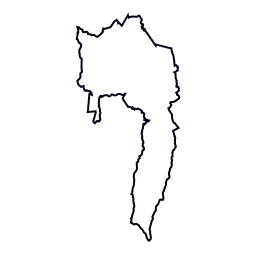 Soacha, Cundinamarca, Colombia (Natural Earth projection)
{"feature_id": "7082276B50901736205159", "entity_name": "Soacha", "entity_type": "district", "adm_level": 2, "iso_a3": "COL", "parent_name": "Colombia", "parent_adm1": "Cundinamarca", "projection": "natural_earth1", "projection_center": [-74.221, 4.507], "detail": "fine", "context": "isolated", "style": "outline", "palette": "ink", "viewbox_px": 256, "rotation_deg": 0, "n_neighbors": 0, "source": "geoboundaries", "source_scale": "gbopen_adm2", "svg_char_len": 5765}
<svg xmlns="http://www.w3.org/2000/svg" viewBox="0 0 256 256"><path d="M103.2,28.7L103.4,29.5L102.5,30.9L102.6,31.4L102.9,31.8L102.5,32.5L99.9,34.9L97.3,36.9L96.1,36.5L94.0,34.9L92.2,35.3L90.4,34.4L88.1,34.0L87.9,33.7L87.9,33.1L87.6,32.4L86.9,31.8L84.8,32.0L84.0,32.2L83.1,32.1L82.6,31.3L82.7,30.2L82.5,29.8L82.1,29.5L81.2,29.3L80.3,28.9L79.1,27.5L77.4,27.0L77.7,28.0L78.3,30.8L77.6,32.8L78.1,32.8L77.7,33.8L76.8,39.2L77.7,39.5L78.5,41.5L78.7,42.6L80.0,43.1L80.6,44.4L81.1,44.5L81.2,45.1L81.1,46.2L80.0,49.0L79.3,49.6L79.4,51.0L79.2,52.3L79.2,52.7L79.7,53.3L79.7,55.6L80.0,57.1L80.5,57.8L81.4,58.3L81.7,59.0L81.5,66.6L81.7,69.6L82.0,71.9L80.4,73.2L80.3,75.2L80.5,77.1L79.4,79.0L77.6,80.5L77.4,80.9L77.6,81.6L77.9,83.1L78.6,84.9L79.2,85.4L79.4,85.4L80.6,86.7L81.2,86.9L82.7,86.2L83.6,86.1L83.5,86.8L84.6,90.4L85.1,90.3L85.8,90.8L86.3,90.3L86.6,90.4L87.6,90.6L87.9,91.1L88.2,91.2L89.6,90.9L90.2,91.9L90.6,92.0L90.7,92.8L90.9,93.3L91.1,93.4L91.5,93.3L91.8,94.8L90.6,94.2L90.2,93.4L89.4,94.0L88.8,100.3L88.7,102.7L88.2,107.0L88.1,109.7L87.7,112.0L95.6,111.3L95.7,112.4L94.6,116.9L93.2,121.3L94.7,123.3L95.1,123.2L95.5,122.3L96.0,122.1L96.7,121.1L97.7,121.3L98.1,121.0L98.8,121.4L99.3,121.4L99.8,120.6L99.7,120.1L100.3,119.6L100.2,119.0L100.3,118.5L99.9,117.9L100.0,116.8L99.7,116.2L99.7,115.8L99.8,114.7L100.4,113.2L100.4,112.6L99.9,111.0L99.9,109.5L99.7,108.1L98.7,106.3L99.1,105.4L98.8,104.1L99.1,98.7L99.4,97.5L100.3,96.4L100.4,96.1L101.2,96.3L101.5,96.6L101.2,96.7L101.1,97.1L101.5,97.1L102.0,96.7L101.9,96.2L102.7,96.5L103.2,95.9L103.8,95.6L106.4,95.1L107.3,95.3L108.9,96.4L109.5,96.3L110.4,95.9L111.3,94.7L111.7,94.4L112.4,94.5L114.1,95.3L115.3,95.3L116.3,95.2L117.5,94.2L118.6,93.9L120.4,94.1L122.4,95.0L123.0,95.1L123.8,94.7L124.8,93.8L125.3,93.8L123.0,97.5L122.7,98.3L122.8,98.8L128.0,106.8L128.8,106.7L129.7,107.1L130.8,107.2L131.7,107.8L132.4,108.6L132.4,108.8L133.5,108.8L134.1,109.3L134.1,109.1L133.6,108.8L133.4,108.0L134.7,109.0L135.5,108.7L136.4,109.1L136.8,109.1L138.2,108.6L140.2,109.7L142.0,111.1L142.1,111.3L141.5,112.1L141.6,112.6L143.5,112.9L144.4,114.3L144.2,115.2L144.0,115.5L144.0,117.2L144.2,117.7L145.1,118.4L144.2,119.9L145.6,120.3L145.9,120.2L146.2,119.8L147.1,119.9L147.8,120.5L149.1,120.5L148.9,120.9L148.2,121.5L146.6,121.6L145.6,122.8L145.6,123.4L145.2,123.9L143.9,123.7L143.6,123.7L143.4,124.0L143.4,124.7L143.7,125.2L143.1,125.6L143.1,126.6L142.9,126.9L143.0,128.0L141.9,131.1L142.2,132.3L141.4,133.6L142.1,135.0L142.2,136.0L142.3,137.0L141.8,137.8L142.3,138.8L142.6,140.2L143.4,142.0L143.4,143.0L142.8,143.9L142.8,145.3L142.5,145.7L143.1,146.7L143.6,147.1L143.7,147.6L143.6,148.0L144.1,148.8L143.5,150.1L142.8,150.4L142.2,151.6L141.9,153.8L141.6,154.6L140.1,155.9L139.7,156.7L139.4,156.7L139.8,158.0L138.4,159.4L138.2,160.5L138.3,161.3L136.7,162.9L136.7,163.4L136.9,164.3L136.8,165.4L137.0,168.0L136.9,168.8L136.3,170.6L134.4,172.9L133.7,176.1L134.3,180.6L134.0,182.7L134.0,184.2L133.6,185.8L132.4,189.6L132.5,190.8L132.1,193.0L131.5,193.9L131.9,193.9L132.4,194.2L132.8,195.4L132.9,197.1L133.3,198.2L133.3,200.7L133.5,202.3L134.0,203.3L133.9,204.5L134.4,206.2L133.5,209.0L133.7,210.5L133.3,212.4L132.0,216.1L132.0,217.2L131.8,217.6L130.9,218.5L131.3,219.2L131.5,220.4L131.5,220.7L130.8,222.0L131.4,223.1L132.6,223.3L133.5,224.3L134.1,224.3L136.2,223.9L137.0,224.2L138.8,225.3L140.7,228.2L141.6,228.9L142.8,230.2L144.1,232.6L145.7,233.8L146.8,237.6L147.7,239.5L148.7,240.6L149.4,240.6L150.6,239.2L150.8,237.6L150.7,235.8L150.5,234.9L150.1,233.9L150.2,231.2L149.5,229.1L149.9,228.4L150.3,226.2L151.8,220.9L152.5,219.9L152.9,218.6L152.9,218.1L152.4,217.0L154.3,212.6L155.8,210.5L155.9,206.9L156.5,205.9L158.2,204.1L159.7,200.0L160.2,199.5L162.7,199.9L163.2,199.5L163.4,197.1L162.8,193.9L162.9,192.6L164.0,190.6L164.9,187.1L165.9,185.4L166.0,184.3L165.9,182.9L166.3,181.3L166.8,180.1L166.8,179.5L167.8,179.0L168.8,178.2L169.6,176.5L169.6,176.1L168.9,175.0L169.0,173.0L169.3,171.7L169.8,170.7L169.9,168.8L171.3,167.1L171.9,164.1L171.8,163.6L171.4,163.0L171.9,161.3L172.1,160.0L171.5,158.6L171.8,156.9L172.6,156.2L172.4,155.7L172.5,153.8L172.3,152.5L172.6,152.2L172.5,151.8L173.0,151.0L173.0,150.6L173.4,150.5L174.0,149.9L174.7,148.2L175.5,147.5L175.8,146.4L175.6,145.4L175.0,144.5L175.0,143.7L174.8,143.5L175.1,142.5L174.8,139.9L175.1,139.5L175.0,138.8L175.2,138.4L175.2,137.7L174.9,136.5L174.5,136.4L174.4,135.3L173.1,130.8L178.5,127.9L174.9,123.2L174.1,122.9L173.3,122.2L172.1,118.2L172.1,117.1L171.9,116.1L171.9,114.4L169.2,110.5L168.4,108.3L169.9,107.4L171.4,104.9L170.2,103.0L170.7,102.2L174.2,101.7L176.2,100.5L176.8,99.9L177.4,99.7L179.1,98.3L179.2,97.9L179.0,96.6L178.3,95.2L177.1,94.8L176.8,93.0L176.3,92.7L178.8,90.8L178.8,88.6L178.6,87.4L178.4,87.0L177.5,87.1L177.3,86.8L176.5,86.7L176.3,86.3L176.9,84.6L176.9,83.5L176.5,82.6L176.5,81.4L176.8,80.8L176.7,80.5L176.1,79.5L175.9,78.7L175.9,78.2L175.6,77.3L175.6,74.4L175.4,74.3L175.2,72.9L175.0,72.5L174.5,72.2L176.1,71.5L176.9,70.8L177.0,70.6L177.6,70.5L177.9,67.2L177.4,67.2L177.3,66.3L175.9,65.0L174.7,65.7L174.2,62.1L174.3,62.0L174.3,61.6L173.6,56.6L173.5,56.0L173.3,55.8L173.2,55.1L172.7,53.7L172.1,52.7L171.4,48.5L171.2,48.6L171.0,48.4L155.9,44.5L155.7,45.6L146.7,32.7L145.7,31.3L145.4,31.4L145.0,31.0L144.8,30.5L144.8,29.3L144.5,29.3L143.8,29.9L143.6,28.6L142.8,28.8L142.2,28.6L142.3,28.2L143.0,27.7L142.7,27.2L141.8,26.9L141.6,26.6L142.0,26.3L142.8,26.4L143.1,24.6L142.8,24.1L141.7,24.0L141.0,23.3L140.8,22.8L140.9,22.1L141.8,20.2L141.6,19.1L141.0,18.7L140.0,16.6L139.0,15.7L138.6,15.7L137.9,16.3L136.6,16.8L132.7,16.5L131.0,16.9L129.8,16.8L129.3,17.2L128.8,17.7L128.1,16.8L127.9,15.4L121.8,25.7L118.7,22.5L118.1,22.9L118.2,22.2L118.1,21.9L116.6,19.9L115.9,20.6L114.1,21.6L112.7,24.0L110.4,27.2L104.2,29.0L103.2,28.7Z" fill="none" stroke="#020617" stroke-width="2"/></svg>